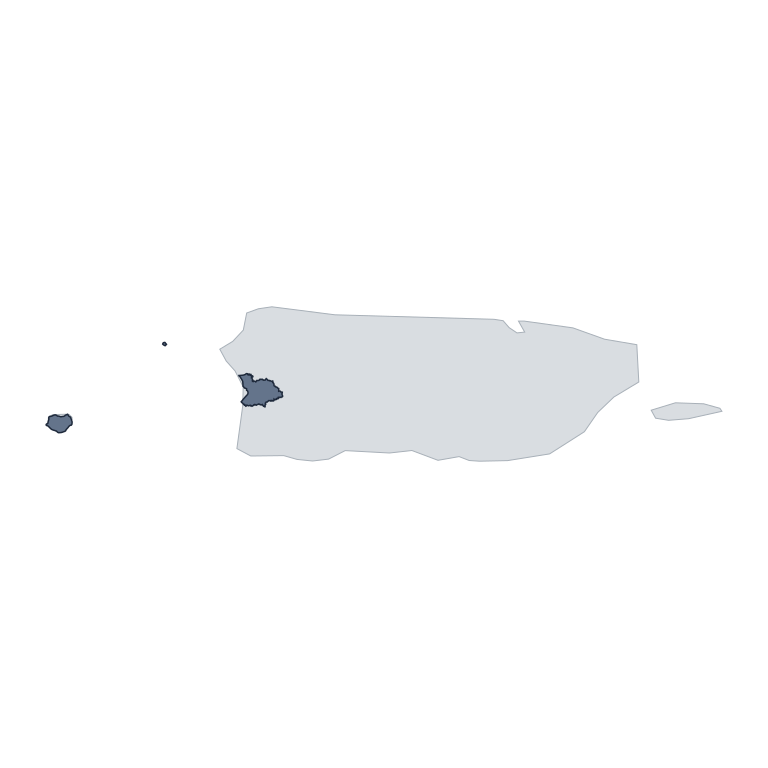 location of Mayagüez, Puerto Rico
{"feature_id": "32010507B39341524675779", "entity_name": "Mayagüez", "entity_type": "district", "adm_level": 2, "iso_a3": "PRI", "parent_name": "Puerto Rico", "parent_adm1": "", "projection": "mercator", "projection_center": [-67.308, 18.222], "detail": "fine", "context": "in_parent", "style": "filled", "palette": "slate", "viewbox_px": 768, "rotation_deg": 0, "n_neighbors": 0, "source": "geoboundaries", "source_scale": "gbopen_adm2", "svg_char_len": 5031}
<svg xmlns="http://www.w3.org/2000/svg" viewBox="0 0 768 768"><path d="M509.1,327.6L517.0,332.9L524.7,332.1L518.5,321.1L524.2,321.1L573.0,327.9L604.5,339.2L636.8,344.7L638.8,382.0L613.9,397.0L597.7,412.5L584.4,431.7L549.6,453.9L507.6,460.6L479.6,461.2L469.2,460.5L459.1,456.6L438.0,460.3L411.9,450.5L389.5,453.0L345.2,450.6L328.6,459.1L312.6,461.0L297.0,459.4L283.7,455.6L250.8,456.0L236.9,448.6L242.7,406.1L243.2,386.9L235.1,371.0L226.2,361.0L219.8,349.2L232.7,341.4L243.3,330.1L246.7,313.0L258.3,308.8L271.9,306.8L334.9,314.8L494.0,319.3L503.1,320.7L509.1,327.6ZM688.6,418.7L668.6,420.3L655.6,418.2L651.2,410.2L675.4,402.8L703.7,403.8L719.9,408.3L721.9,411.3L688.6,418.7ZM64.7,431.0L62.3,431.2L59.9,431.0L58.8,430.2L57.2,427.8L49.9,423.7L48.2,420.0L49.9,416.2L52.8,414.6L67.6,414.2L69.1,414.5L72.0,417.3L72.1,419.2L70.6,421.0L68.1,425.7L67.0,426.9L66.1,428.1L65.8,430.2L64.7,431.0Z" fill="#d9dde1" stroke="#a8b0b8" stroke-width="1"/><path d="M246.4,405.9L246.7,405.4L246.9,405.1L248.4,405.8L248.8,405.7L249.5,405.4L250.2,405.7L250.6,405.3L251.1,405.6L251.2,406.0L251.9,405.9L252.1,406.2L253.5,405.4L253.6,405.0L254.2,404.6L254.5,404.9L255.0,404.5L255.8,404.8L255.7,405.0L256.3,405.2L256.9,404.7L257.1,404.6L257.7,404.6L258.3,404.1L258.5,404.0L258.8,404.2L259.4,404.1L260.2,404.8L260.6,404.6L261.4,404.9L262.2,404.5L262.4,405.1L263.0,405.3L263.5,406.3L264.4,406.5L264.9,406.9L265.1,406.8L265.1,406.3L264.9,405.3L265.1,405.2L265.4,404.7L265.7,404.3L265.3,403.3L265.6,403.2L265.6,402.9L266.2,402.0L267.1,402.1L267.5,401.7L267.9,401.3L268.3,401.1L268.6,400.6L270.0,400.6L270.2,400.9L270.6,400.6L270.9,400.9L271.6,400.4L271.8,400.4L272.0,400.9L272.5,400.6L273.1,400.8L273.4,400.5L273.4,400.9L273.7,400.8L274.0,400.4L274.1,400.2L274.1,399.4L274.4,399.7L274.6,399.4L275.3,399.7L275.6,399.7L276.1,399.5L276.6,399.4L276.8,399.2L276.5,398.6L277.2,398.4L277.5,398.6L277.8,398.5L278.4,398.6L278.6,398.4L278.5,398.0L278.1,397.9L278.3,397.3L279.2,397.4L279.8,397.2L280.2,397.2L280.9,397.5L281.2,397.1L282.2,396.9L282.5,396.6L282.7,396.1L282.1,394.6L281.9,393.8L282.2,393.2L282.3,392.2L280.7,391.9L280.1,391.1L279.2,391.0L278.7,391.2L278.7,388.5L278.4,388.4L278.0,388.2L277.7,388.1L277.4,387.6L276.9,387.4L276.7,387.0L275.9,387.0L275.4,386.8L275.2,386.2L274.3,386.0L273.9,385.2L274.0,384.4L273.7,383.4L273.2,382.7L272.7,382.6L272.6,381.9L272.9,381.2L272.5,381.0L272.1,381.3L271.4,381.3L270.2,380.7L269.9,380.9L269.0,380.3L268.2,380.5L267.9,380.4L267.0,379.2L266.3,378.7L266.2,378.6L265.0,380.2L264.9,380.2L264.5,380.2L263.8,380.0L263.6,380.2L263.0,380.0L262.5,379.3L261.8,379.2L261.0,379.6L260.4,379.2L260.0,379.2L259.7,379.4L259.4,380.0L259.2,380.2L257.9,380.6L256.9,380.4L255.8,381.9L255.0,381.3L254.2,381.1L253.6,381.4L253.6,381.1L253.1,381.1L252.8,380.9L252.5,381.1L252.4,380.4L252.9,380.2L252.6,379.6L252.2,378.9L251.9,378.2L252.0,377.9L251.9,377.5L251.7,377.5L252.0,377.1L252.7,376.9L252.7,376.5L252.4,376.5L252.8,376.3L252.6,375.9L251.7,375.8L251.5,376.0L251.3,375.5L250.9,375.5L251.1,375.0L251.0,374.5L250.6,374.5L250.8,374.8L250.5,375.2L250.3,375.1L250.2,374.4L249.6,374.1L249.1,374.1L248.7,374.5L249.3,374.7L249.1,375.0L248.8,375.0L248.5,374.8L248.1,374.9L247.8,374.5L248.1,374.1L247.8,374.1L247.4,373.7L246.5,373.6L245.9,373.9L245.8,374.0L245.4,374.4L243.8,375.0L242.8,375.2L239.2,375.5L238.9,375.5L238.9,375.8L239.8,376.5L240.5,377.5L241.7,379.4L241.8,379.6L242.5,380.9L242.7,381.4L242.8,382.2L242.8,382.6L242.9,383.6L242.9,383.9L243.0,385.7L243.0,386.2L244.5,387.9L244.5,388.0L245.5,388.3L246.6,388.8L246.6,389.6L246.6,390.0L246.6,390.3L247.6,391.0L247.7,391.3L248.0,392.2L248.0,392.9L247.9,393.8L247.8,394.0L247.3,394.7L247.0,395.1L246.0,396.1L245.4,396.8L245.2,397.0L244.1,398.3L243.4,399.0L242.9,399.7L242.5,400.2L242.4,400.4L241.6,401.3L241.2,401.8L241.8,402.6L242.7,403.2L243.0,403.5L243.5,404.3L244.5,404.4L244.8,404.6L244.8,404.8L244.6,405.3L245.3,405.4L245.8,406.2L246.4,405.9ZM46.3,424.3L46.1,424.9L46.5,425.5L47.1,425.5L47.5,425.7L47.7,425.8L49.6,427.5L50.3,428.3L51.3,429.2L52.5,429.8L54.0,430.3L54.9,430.5L55.6,430.9L56.0,430.9L56.5,431.1L56.8,431.5L57.4,432.0L57.7,432.3L58.5,432.7L59.2,432.6L59.7,432.7L60.2,432.6L61.1,432.6L61.5,432.4L62.2,432.3L63.5,431.8L64.3,431.5L64.8,431.4L65.7,430.7L65.9,430.0L66.9,428.8L68.0,427.6L68.7,426.6L69.5,425.8L70.5,425.2L71.2,425.2L71.4,425.1L71.9,424.3L72.1,422.7L72.0,421.3L71.6,420.5L71.5,419.7L70.9,418.4L70.7,417.4L70.2,416.9L69.6,416.7L68.8,416.1L68.0,414.8L67.6,414.3L67.4,414.3L66.7,414.7L65.3,415.2L64.7,415.9L64.1,416.2L63.7,416.4L62.4,416.5L60.8,416.8L58.8,416.1L57.6,416.1L56.1,415.1L55.4,414.9L55.2,414.9L54.3,415.0L53.1,415.5L51.5,416.2L51.0,416.3L50.1,416.5L49.6,416.5L49.2,416.7L49.0,417.0L48.8,417.5L48.6,418.1L48.9,418.8L48.7,419.7L48.3,421.1L48.0,422.1L48.0,422.9L47.8,423.3L47.2,423.6L46.3,424.3ZM162.8,343.8L162.7,344.1L163.3,344.7L164.2,345.3L164.6,345.5L165.1,345.7L165.5,345.5L165.7,345.0L166.3,344.6L166.5,344.3L166.0,343.8L165.6,343.3L165.0,342.5L164.3,342.4L163.3,342.8L162.8,343.7L162.8,343.8Z" fill="#64748b" stroke="#1e293b" stroke-width="1.5"/></svg>